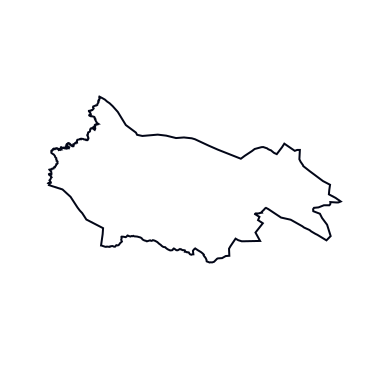 Anka, Zamfara, Nigeria, rotated 124°
{"feature_id": "59680162B63960569375521", "entity_name": "Anka", "entity_type": "district", "adm_level": 2, "iso_a3": "NGA", "parent_name": "Nigeria", "parent_adm1": "Zamfara", "projection": "equal_earth", "projection_center": [6.08, 11.964], "detail": "fine", "context": "isolated", "style": "outline", "palette": "ink", "viewbox_px": 384, "rotation_deg": 124, "n_neighbors": 0, "source": "geoboundaries", "source_scale": "gbopen_adm2", "svg_char_len": 6050}
<svg xmlns="http://www.w3.org/2000/svg" viewBox="0 0 384 384"><g transform="rotate(124 192 192)"><path d="M116.7,63.4L116.6,69.8L117.4,77.2L113.6,79.3L108.8,81.6L109.7,89.5L108.9,106.2L108.3,114.3L107.8,114.8L106.2,118.9L104.8,121.3L96.8,126.1L98.4,128.4L100.4,129.8L100.3,142.5L104.6,142.4L113.2,142.9L113.6,145.2L113.7,146.1L113.3,150.0L113.5,150.5L113.9,152.7L113.8,154.1L114.9,158.1L116.0,159.5L121.3,164.1L124.3,165.1L132.5,168.5L137.1,170.1L142.4,194.1L144.2,203.9L146.6,219.0L147.6,222.2L151.3,229.2L156.2,235.4L159.7,244.9L163.6,252.5L173.3,264.5L175.3,269.5L174.1,271.7L173.5,284.3L167.1,298.3L165.2,305.7L164.5,310.0L164.5,313.0L164.1,315.8L164.3,318.6L164.7,322.1L165.2,322.0L165.5,321.2L166.0,320.8L167.3,320.9L167.5,320.5L168.6,320.7L168.9,320.6L168.8,320.2L169.3,320.1L169.5,319.9L169.8,320.0L170.3,319.6L171.2,319.7L172.0,319.6L172.7,319.2L173.7,319.6L174.1,320.3L174.4,320.3L175.2,321.0L176.4,321.7L176.7,321.4L177.2,321.3L177.2,321.0L177.8,320.5L177.9,320.2L179.5,320.4L179.8,320.5L180.0,320.8L180.3,320.8L180.7,321.0L180.8,321.3L181.1,321.5L181.3,321.9L181.8,322.0L182.4,322.8L182.7,322.6L182.7,321.6L183.2,321.3L183.2,320.8L184.1,319.3L184.7,319.2L185.4,320.2L186.0,320.0L186.0,319.2L185.7,317.9L185.2,317.5L184.4,315.1L184.6,314.4L185.2,314.1L185.6,313.5L185.4,313.1L185.6,312.8L186.0,313.0L187.3,310.7L187.5,310.0L187.9,309.3L187.9,307.8L188.1,308.0L188.5,307.9L188.8,308.3L189.4,308.6L189.5,309.2L189.9,309.3L189.9,309.7L190.5,310.0L191.1,310.0L191.5,309.5L191.6,309.1L192.0,308.8L192.7,309.7L193.4,310.0L193.4,308.0L193.6,307.6L194.9,307.4L194.9,308.1L194.5,310.0L195.1,310.2L195.4,310.5L195.5,311.2L196.2,311.5L197.5,311.2L198.4,310.6L199.3,310.6L200.7,311.4L201.0,311.1L201.9,310.9L202.7,310.4L203.0,310.7L203.4,310.4L203.7,310.4L204.4,309.0L204.7,308.5L205.3,308.4L205.7,307.7L207.4,307.6L207.7,307.9L207.6,308.6L208.2,308.9L208.2,310.1L208.8,310.7L208.9,312.0L209.7,313.3L209.8,313.8L210.0,313.9L210.0,313.6L210.4,313.6L210.4,314.0L210.8,314.6L211.4,314.8L212.8,316.2L213.1,316.2L214.7,315.8L214.8,315.3L215.2,315.0L215.4,315.6L216.3,315.6L216.2,316.0L216.4,316.1L216.7,315.9L216.9,316.3L218.1,316.5L218.8,317.1L219.1,317.0L219.7,316.0L220.2,315.9L220.4,316.3L220.7,316.3L221.0,316.8L221.0,317.4L220.8,317.6L220.7,318.1L221.0,318.3L220.9,318.9L220.6,319.0L220.5,319.4L220.9,319.6L220.9,319.8L220.5,320.9L220.3,320.9L220.3,321.0L220.4,321.6L220.7,321.7L221.0,322.1L221.4,321.9L221.8,322.3L222.1,321.9L222.4,321.9L222.8,322.3L223.0,321.9L223.3,322.2L223.8,322.2L223.9,321.9L223.8,321.4L224.1,321.0L224.0,320.7L224.0,320.3L223.5,319.6L223.8,319.3L223.7,318.8L224.4,318.7L224.4,319.2L224.8,319.7L225.0,319.1L225.3,319.5L225.2,319.7L225.7,319.9L225.8,320.2L226.0,320.2L225.9,321.3L226.3,321.0L226.6,321.1L226.8,321.5L226.5,322.3L226.7,322.6L227.2,322.5L227.3,322.8L227.0,323.1L227.1,323.3L227.5,323.3L227.7,323.7L227.5,323.9L228.1,324.6L228.0,324.8L228.0,325.6L228.3,325.7L228.9,325.3L229.0,325.1L229.0,324.6L229.1,324.2L229.8,324.0L230.3,324.7L230.6,324.7L230.6,325.1L230.3,325.2L230.4,325.6L231.1,325.6L231.0,325.2L231.4,325.6L231.2,326.1L231.6,326.2L231.3,326.7L231.0,326.8L231.3,327.2L231.1,327.5L231.1,328.1L231.5,328.9L231.9,328.7L232.2,329.3L233.2,329.6L233.2,330.1L233.0,330.3L233.1,330.7L233.4,330.8L233.7,330.6L234.1,331.1L234.5,330.8L235.2,330.9L235.4,331.2L236.0,331.1L236.2,331.6L236.5,331.6L236.8,331.1L237.5,331.1L238.2,330.4L238.3,328.7L238.2,327.6L238.9,325.6L239.7,324.7L239.8,323.5L240.4,323.0L240.8,322.9L241.0,322.3L241.9,321.7L241.7,321.1L241.9,320.5L242.7,320.2L243.3,319.5L244.1,319.5L244.9,320.1L246.0,319.5L247.0,319.7L247.9,319.5L248.0,319.5L248.0,319.9L248.2,320.1L249.2,320.0L249.7,320.2L250.0,320.0L250.5,320.7L251.0,321.1L251.7,320.9L252.2,321.4L252.3,321.9L253.2,322.7L253.5,322.1L253.6,320.9L254.0,320.0L255.3,318.8L255.9,318.5L256.6,320.4L257.2,320.6L257.6,320.2L257.7,318.4L257.9,317.5L258.4,316.6L259.0,316.9L260.4,316.5L262.0,316.7L262.6,315.0L263.2,314.2L263.5,314.4L263.6,315.0L263.9,315.4L264.3,315.5L264.7,316.0L265.2,316.1L265.1,314.5L265.6,314.0L266.2,314.1L262.3,300.8L263.9,290.0L268.9,278.2L270.1,274.7L270.9,271.2L273.9,264.2L271.7,245.5L276.9,242.5L287.2,237.5L287.0,237.1L286.1,233.8L285.6,232.6L284.9,232.1L283.5,229.5L282.9,229.5L281.6,228.1L281.2,227.5L280.9,226.0L280.3,225.2L278.4,225.0L278.1,224.1L277.2,223.2L276.1,223.0L274.7,223.0L272.3,222.4L271.2,224.0L269.9,224.4L269.3,224.8L268.8,225.4L268.4,225.4L267.5,224.0L266.5,221.7L265.5,221.3L264.3,221.2L264.0,221.0L263.9,219.9L263.3,218.1L262.4,217.6L262.0,216.7L261.2,216.2L261.1,215.2L259.6,212.5L258.5,209.2L258.5,207.8L259.0,206.4L258.8,204.3L258.2,202.9L258.3,202.3L258.1,201.8L255.5,199.7L255.4,198.8L255.1,198.2L254.4,197.7L253.8,197.5L253.4,196.4L253.1,195.1L252.9,192.8L253.3,190.1L253.3,188.4L253.6,187.0L253.6,185.3L253.2,184.1L252.8,183.5L252.8,183.0L253.0,182.3L253.1,180.3L252.8,178.2L252.6,177.4L251.5,176.0L250.9,175.7L249.6,175.7L249.0,175.5L248.9,175.0L249.0,172.5L248.7,171.8L248.2,171.2L246.0,170.1L246.0,169.5L245.7,169.2L245.5,168.7L245.6,168.2L245.5,167.3L244.8,166.3L244.4,165.3L244.9,164.7L245.5,164.5L244.8,163.2L244.8,162.3L244.3,161.9L243.9,160.8L244.4,159.9L244.7,158.8L244.4,157.5L243.8,157.1L242.9,156.0L240.3,158.3L238.7,158.3L237.0,157.8L237.0,154.8L236.8,150.9L237.0,148.6L237.3,147.2L237.8,147.2L238.6,145.6L238.7,144.8L239.3,143.4L240.3,141.9L240.9,141.5L241.3,141.0L240.6,138.0L239.9,137.3L239.1,135.9L237.5,134.7L233.4,133.9L232.8,133.6L232.3,133.1L230.0,130.1L226.2,128.2L224.0,125.4L218.3,129.6L215.5,129.8L206.3,129.8L206.1,126.7L205.0,123.1L194.5,108.2L190.1,116.7L178.3,115.8L178.4,121.5L174.9,122.2L175.1,127.4L174.8,127.5L174.0,127.1L173.3,125.8L172.3,124.6L171.5,124.0L170.0,122.4L169.6,123.1L166.2,122.4L164.9,122.3L163.8,121.8L163.5,119.2L163.4,103.9L159.8,94.7L158.7,81.4L158.8,79.2L157.8,73.3L158.0,71.2L157.7,66.3L157.4,64.1L156.9,53.5L151.0,52.4L143.6,61.7L140.8,69.7L138.5,73.8L140.1,80.7L138.5,82.0L136.9,82.0L134.0,78.5L129.2,75.2L126.3,70.8L125.1,70.5L123.8,71.0L123.0,71.7L119.8,66.2L118.7,64.7L116.7,63.4Z" fill="none" stroke="#020617" stroke-width="2"/></g></svg>